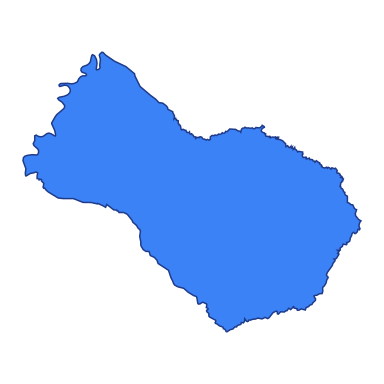 the district of Bugalagrande, Valle del Cauca, Colombia
{"feature_id": "7082276B64894766259605", "entity_name": "Bugalagrande", "entity_type": "district", "adm_level": 2, "iso_a3": "COL", "parent_name": "Colombia", "parent_adm1": "Valle del Cauca", "projection": "mercator", "projection_center": [-76.061, 4.201], "detail": "fine", "context": "isolated", "style": "filled", "palette": "blue", "viewbox_px": 384, "rotation_deg": 0, "n_neighbors": 0, "source": "geoboundaries", "source_scale": "gbopen_adm2", "svg_char_len": 5965}
<svg xmlns="http://www.w3.org/2000/svg" viewBox="0 0 384 384"><path d="M219.3,325.8L222.9,327.1L223.4,328.7L225.0,329.3L226.2,331.6L227.0,331.8L230.2,329.7L233.1,328.9L234.7,326.9L236.6,326.9L237.5,325.4L240.5,324.5L241.0,324.0L241.4,322.4L243.4,322.9L244.6,321.3L244.7,318.8L246.7,321.3L247.5,321.6L248.3,321.2L249.0,320.0L250.6,320.1L252.8,319.2L255.2,319.1L257.9,318.1L262.1,318.9L265.1,317.4L267.7,318.6L269.1,317.7L273.0,312.7L275.7,311.3L276.6,311.1L277.2,311.6L277.4,313.8L278.4,314.1L280.6,311.8L284.3,312.0L285.9,310.8L287.0,310.7L288.7,308.3L290.7,309.6L293.5,306.6L293.9,306.8L294.1,308.1L297.1,308.7L297.0,309.8L297.7,310.3L299.0,310.2L301.1,308.9L305.3,310.0L306.2,307.5L308.5,306.7L310.0,305.0L311.9,304.5L312.8,302.9L315.4,300.4L315.6,298.9L314.1,296.8L314.1,295.7L317.0,295.2L319.5,293.7L322.1,293.6L322.8,291.3L322.6,287.5L324.4,285.8L326.0,283.1L326.9,279.5L328.1,277.8L328.0,277.0L326.6,275.6L326.5,274.8L327.3,272.5L332.4,265.4L332.8,263.7L335.0,260.8L335.0,260.1L334.1,259.1L335.4,259.0L336.5,258.3L338.9,254.3L338.9,253.9L337.6,253.3L339.0,251.6L337.6,250.3L339.6,250.5L340.3,250.1L340.0,248.2L342.4,246.4L343.1,244.1L346.4,244.7L346.9,244.0L346.7,242.5L347.7,242.5L349.7,241.2L350.5,237.6L351.6,235.7L352.1,233.5L352.8,232.7L353.7,232.3L354.6,233.5L355.6,233.5L357.3,231.8L357.9,229.4L358.3,229.2L359.4,229.8L360.0,228.8L359.1,226.6L359.0,225.1L359.8,222.4L361.0,220.9L358.6,219.5L355.6,215.7L355.3,213.5L356.6,209.7L354.5,208.7L352.8,204.9L350.6,204.5L349.6,203.3L347.4,202.5L347.4,196.2L345.3,194.9L344.6,193.4L344.9,192.4L343.5,191.6L343.2,190.1L342.3,188.8L341.2,188.2L340.8,187.0L340.1,186.5L340.5,186.1L340.2,185.4L340.6,184.8L340.7,183.1L342.0,181.9L342.0,181.0L342.7,181.0L343.4,178.9L342.5,178.6L342.5,177.7L340.8,177.5L341.8,176.5L339.9,175.1L340.1,174.3L338.7,173.1L337.3,173.2L336.7,172.3L337.3,170.6L335.5,168.2L334.5,168.7L331.9,167.8L331.0,169.2L329.8,168.0L328.5,167.4L328.1,167.3L327.4,168.2L326.5,167.2L324.8,168.0L322.7,167.5L322.1,166.6L321.5,166.6L321.7,165.4L321.3,164.9L320.1,164.4L320.0,163.7L318.8,163.2L319.7,163.1L319.7,162.8L318.1,162.1L316.4,160.7L315.0,162.2L314.6,161.2L313.0,160.9L312.6,159.8L311.8,159.5L309.8,159.6L309.4,158.1L306.7,159.0L306.0,158.7L306.4,157.4L306.1,157.1L303.1,157.5L302.1,155.1L303.0,154.0L302.6,153.2L302.7,152.1L298.7,151.3L297.8,152.0L296.1,149.7L295.1,149.4L294.7,147.4L293.2,149.3L293.1,148.3L291.8,148.2L292.2,146.9L291.2,147.6L290.8,147.5L290.9,146.3L289.7,147.6L289.0,147.5L287.6,145.7L286.0,146.7L285.6,143.8L282.7,140.8L279.8,139.5L277.9,139.3L278.6,137.2L277.2,137.1L276.2,139.0L275.6,138.6L275.9,137.9L275.5,136.9L274.1,137.3L272.4,137.0L270.4,137.8L269.7,137.6L270.2,136.6L269.8,136.3L268.8,136.5L265.9,136.2L265.6,135.7L265.6,133.8L264.8,133.9L264.4,132.9L263.4,132.7L261.4,131.5L261.3,130.3L262.2,128.5L264.4,127.3L264.2,126.6L262.2,125.3L261.8,126.2L259.6,127.9L255.9,127.5L255.7,128.1L255.1,128.2L254.6,128.8L252.9,128.5L252.4,127.9L250.0,128.3L248.8,127.9L246.3,128.0L245.0,127.2L244.1,128.0L242.6,128.2L241.5,129.2L240.7,132.2L240.0,131.2L237.7,130.8L235.7,129.4L229.7,129.0L227.2,131.6L225.6,131.4L224.9,132.8L224.2,133.2L223.0,133.2L222.2,132.7L221.7,133.7L220.0,134.4L218.7,134.0L217.7,134.8L216.2,135.5L215.5,135.0L214.7,135.1L214.0,135.7L212.2,135.4L210.4,136.7L210.2,138.2L210.5,139.1L209.1,140.2L207.5,139.4L205.9,140.0L204.6,139.1L203.5,139.1L202.5,138.5L201.8,137.2L200.6,136.8L199.7,136.9L199.1,137.7L198.6,137.3L196.9,137.5L195.8,138.4L195.7,136.9L194.0,136.9L193.2,135.2L192.0,134.6L191.7,133.7L190.3,134.1L189.8,133.8L189.5,132.0L189.1,132.5L186.8,132.4L185.9,130.3L184.4,130.3L183.9,129.6L183.1,129.3L181.5,129.9L180.9,128.5L180.5,125.9L179.7,124.9L178.9,124.8L178.8,123.8L178.2,123.2L178.2,120.7L176.7,120.4L176.6,119.7L176.0,119.5L175.7,118.2L174.9,118.1L174.0,119.0L174.5,115.9L172.7,112.4L172.7,111.7L167.8,109.2L167.6,107.7L166.5,106.0L163.1,103.4L162.2,103.0L159.0,102.7L155.6,99.1L150.7,95.5L140.1,86.5L135.0,76.1L134.5,73.7L125.9,66.6L114.5,61.2L105.6,55.1L103.1,52.5L102.0,52.2L100.3,53.5L99.3,55.1L100.4,59.4L99.7,65.7L100.2,67.6L98.8,69.3L96.7,69.9L96.2,69.3L97.0,63.6L96.5,59.5L94.6,55.8L92.6,54.7L91.9,55.2L91.3,57.2L90.4,61.6L89.1,63.5L87.2,65.0L82.9,66.6L81.2,68.4L80.9,70.3L81.6,71.7L82.2,72.3L85.6,73.4L86.5,74.8L85.9,75.8L82.4,75.9L80.5,76.9L78.8,78.8L77.4,81.8L74.7,83.3L71.6,83.9L67.5,83.3L61.2,83.5L60.3,83.7L59.0,85.0L59.3,86.1L59.9,86.5L64.4,85.2L67.0,85.5L68.0,86.1L69.6,88.1L70.1,89.3L70.3,91.2L69.5,93.0L67.7,94.8L64.1,96.3L59.4,97.2L57.7,98.3L58.7,99.9L62.1,102.2L64.7,105.6L64.4,107.6L63.7,108.7L57.0,114.4L55.4,116.4L51.8,122.7L51.7,123.8L54.7,130.4L55.6,134.7L55.4,135.9L54.6,135.9L51.2,133.8L49.0,133.1L46.9,133.6L43.7,136.0L42.3,136.6L40.9,136.8L38.3,136.4L36.2,135.1L34.7,135.8L34.8,140.4L33.2,143.8L34.0,145.6L37.9,149.1L38.6,150.8L38.5,152.7L37.9,154.2L36.9,155.0L32.0,154.7L27.2,155.4L24.7,156.3L23.4,157.8L23.0,160.8L25.9,168.7L25.3,173.1L25.6,175.6L26.0,176.0L30.4,173.4L34.0,172.8L35.8,171.9L37.7,172.9L37.1,175.9L37.1,178.6L39.1,179.0L39.2,179.9L40.5,179.3L41.5,179.6L41.5,181.0L43.8,183.4L43.1,187.3L43.8,188.3L44.7,188.1L46.1,190.1L48.3,192.0L58.2,198.0L63.3,198.6L73.4,198.6L83.0,202.4L91.2,202.5L97.3,203.9L97.6,203.4L102.5,205.5L105.6,207.3L106.8,204.5L113.8,209.9L116.9,210.1L117.1,211.0L118.4,211.3L119.0,212.5L123.7,212.5L127.3,214.3L132.0,220.2L132.9,222.3L136.6,225.5L137.9,227.9L140.0,229.9L140.4,231.6L139.7,236.5L140.8,241.9L140.8,244.9L141.2,246.3L143.3,249.7L146.0,251.4L149.1,251.5L150.3,255.5L154.4,257.4L157.0,260.3L158.1,263.5L168.5,270.3L171.1,278.1L172.7,281.0L173.6,283.6L174.6,285.0L177.8,286.8L183.7,288.3L188.1,292.2L193.5,295.5L196.3,296.5L196.8,297.4L197.8,303.3L198.4,304.1L200.0,303.9L202.0,302.5L203.1,302.3L206.5,303.9L206.8,305.0L206.3,307.6L207.8,308.3L208.1,308.8L208.0,309.4L206.8,310.1L206.5,310.8L207.0,311.9L208.8,313.4L208.9,316.2L209.6,317.0L215.7,320.3L215.8,321.2L215.1,322.8L215.5,323.4L217.1,324.0L219.3,325.8Z" fill="#3b82f6" stroke="#1e3a8a" stroke-width="1.5"/></svg>